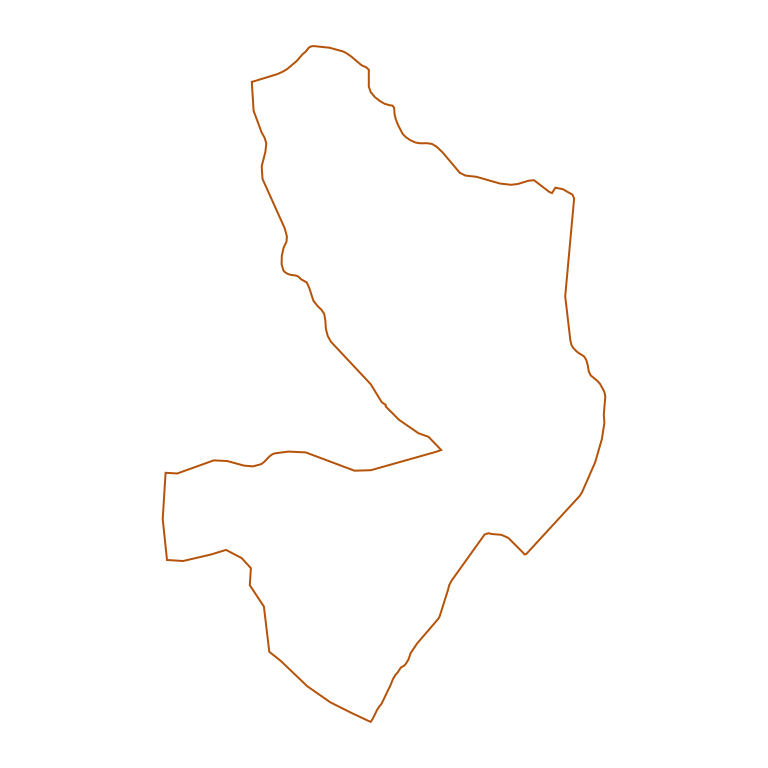 SVG path tracing the border of Mayo-Kebbi Est
{"feature_id": "TCD-1486", "entity_name": "Mayo-Kebbi Est", "entity_type": "Prefecture", "adm_level": 1, "iso_a3": "TCD", "parent_name": "Chad", "parent_adm1": "", "projection": "natural_earth1", "projection_center": [15.507, 10.186], "detail": "fine", "context": "isolated", "style": "outline", "palette": "amber", "viewbox_px": 768, "rotation_deg": 0, "n_neighbors": 0, "source": "natural_earth", "source_scale": "10m", "svg_char_len": 2275}
<svg xmlns="http://www.w3.org/2000/svg" viewBox="0 0 768 768"><path d="M354.5,470.7L370.9,470.2L436.1,451.8L441.2,450.0L428.6,436.9L418.4,433.2L399.0,419.8L385.7,406.5L385.8,405.0L381.7,402.2L370.9,384.4L330.9,341.7L327.7,335.9L325.9,329.0L325.3,320.4L324.2,313.8L321.4,309.7L317.6,306.1L313.4,300.7L309.3,288.1L306.7,282.4L300.9,279.2L299.5,277.6L297.5,276.1L294.5,275.3L291.2,275.0L288.0,274.0L285.3,272.5L283.5,270.7L281.6,264.3L281.8,255.9L283.6,247.7L286.5,241.7L286.9,236.4L284.7,228.3L262.5,178.9L261.7,166.2L265.4,151.8L266.3,143.4L264.5,137.5L261.6,132.4L253.6,110.8L251.8,81.9L277.4,74.1L283.1,71.5L287.1,69.1L296.6,61.1L302.8,54.0L305.2,52.1L306.2,51.0L308.1,48.5L309.2,47.4L310.6,46.6L312.2,46.2L314.0,46.1L329.4,47.7L342.9,51.4L345.8,52.8L351.0,56.3L361.1,64.9L363.3,66.1L365.9,67.1L368.8,69.7L368.8,86.4L370.6,92.0L374.9,97.1L380.1,101.2L384.7,103.8L389.5,105.2L392.5,105.6L394.1,107.8L394.6,114.3L395.6,118.7L398.0,124.9L402.7,134.0L405.8,137.1L410.2,140.1L415.1,142.4L419.8,143.3L426.9,143.2L431.9,143.9L436.5,146.6L442.5,152.3L459.8,172.8L465.5,175.6L476.5,176.8L499.8,183.5L511.0,184.8L517.7,184.0L528.7,180.7L534.0,180.2L549.4,192.0L552.0,193.1L555.4,187.7L562.9,189.2L572.5,194.7L573.6,197.3L574.1,198.8L565.2,296.3L570.4,340.6L571.4,344.8L573.0,347.7L576.2,351.0L578.2,352.7L582.7,355.5L584.0,356.4L585.2,358.1L586.5,360.6L587.8,365.6L588.8,371.5L590.7,375.4L597.4,380.9L600.1,384.0L604.0,391.2L604.6,392.9L605.3,396.5L603.8,414.9L604.4,422.9L601.9,439.0L595.2,462.2L582.1,492.1L579.8,495.8L526.2,554.1L524.5,554.4L522.8,552.4L508.3,537.9L501.3,534.8L491.5,534.0L488.6,533.2L484.6,534.5L451.4,580.9L449.1,585.4L448.1,589.6L439.7,616.2L439.1,617.5L438.1,619.0L417.0,643.6L410.6,653.2L408.6,659.2L406.0,663.6L404.2,665.6L401.1,667.4L400.0,668.8L397.8,672.3L395.5,674.9L393.0,679.0L389.7,687.1L389.0,688.2L381.6,703.7L379.6,706.1L377.4,709.3L372.6,719.0L370.6,721.9L351.8,713.1L330.3,702.3L307.2,686.2L281.0,661.1L269.3,651.8L263.9,606.6L249.8,585.2L250.9,568.2L241.7,558.1L226.0,549.9L211.4,554.4L183.1,561.0L167.0,560.0L162.7,519.0L165.6,472.8L177.2,473.5L213.7,460.4L227.1,461.0L244.0,465.6L252.9,466.4L261.1,464.2L264.1,462.0L269.3,456.5L272.5,454.2L275.1,453.3L288.5,451.6L305.7,452.4L354.5,470.7Z" fill="none" stroke="#b45309" stroke-width="2"/></svg>